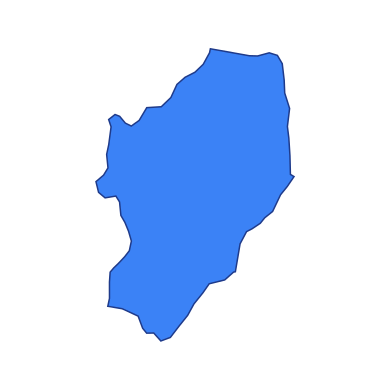 the district of Åtvidaberg, Östergötland, Sweden, rotated 102°
{"feature_id": "70781695B49758831077864", "entity_name": "Åtvidaberg", "entity_type": "district", "adm_level": 2, "iso_a3": "SWE", "parent_name": "Sweden", "parent_adm1": "Östergötland", "projection": "robinson", "projection_center": [16.151, 58.245], "detail": "fine", "context": "isolated", "style": "filled", "palette": "blue", "viewbox_px": 384, "rotation_deg": 102, "n_neighbors": 0, "source": "geoboundaries", "source_scale": "gbopen_adm2", "svg_char_len": 1043}
<svg xmlns="http://www.w3.org/2000/svg" viewBox="0 0 384 384"><g transform="rotate(102 192 192)"><path d="M321.3,250.6L320.7,236.0L324.6,218.9L335.6,211.9L339.5,207.0L337.9,200.1L344.2,191.5L338.7,182.9L325.3,176.5L313.6,170.6L301.0,166.8L288.4,160.4L278.2,156.1L271.2,141.7L261.7,134.7L261.0,133.0L232.7,134.2L219.4,130.4L215.5,125.6L208.4,118.7L202.1,115.5L194.3,109.1L176.3,104.8L166.9,100.0L155.7,95.4L154.3,99.4L136.3,103.7L119.1,108.5L108.1,112.3L90.0,113.9L75.9,121.9L63.4,125.1L47.7,130.4L40.6,136.9L39.8,145.4L45.3,156.1L46.8,164.2L48.1,203.8L52.2,203.8L64.8,207.6L74.2,214.0L81.2,222.6L89.9,229.1L104.0,232.3L115.0,239.8L118.9,253.8L133.0,258.6L140.1,265.1L138.5,271.5L133.0,278.5L132.2,283.4L138.4,288.6L145.1,284.7L163.0,283.3L173.0,283.3L185.9,279.2L193.9,282.0L201.8,288.1L211.8,283.3L215.8,275.8L211.8,265.6L216.8,260.8L229.7,256.7L235.7,251.3L243.6,245.9L252.6,241.1L262.5,241.1L269.5,244.5L277.4,249.3L282.4,252.7L287.4,255.4L297.3,254.0L313.2,250.6L321.3,250.6Z" fill="#3b82f6" stroke="#1e3a8a" stroke-width="1.5"/></g></svg>